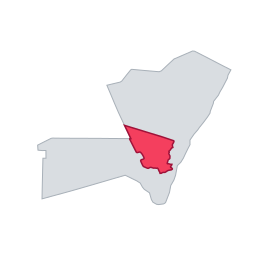 Jordan, with Amman highlighted, rotated 197°
{"feature_id": "JOR-851", "entity_name": "Amman", "entity_type": "Province", "adm_level": 1, "iso_a3": "JOR", "parent_name": "Jordan", "parent_adm1": "", "projection": "robinson", "projection_center": [36.094, 31.647], "detail": "fine", "context": "in_parent", "style": "filled", "palette": "rose", "viewbox_px": 256, "rotation_deg": 197, "n_neighbors": 0, "source": "natural_earth", "source_scale": "10m", "svg_char_len": 2431}
<svg xmlns="http://www.w3.org/2000/svg" viewBox="0 0 256 256"><g transform="rotate(197 128 128)"><path d="M78.4,63.4L82.4,64.3L84.7,66.4L88.5,72.3L94.5,74.1L96.9,75.7L100.2,78.9L104.2,80.0L116.9,82.0L127.0,75.4L135.5,69.8L145.1,63.5L151.7,59.2L162.9,51.9L170.3,47.2L180.0,41.1L189.5,35.1L192.3,44.9L195.0,54.5L197.8,64.5L200.5,74.2L197.6,75.1L199.9,82.5L203.6,81.3L207.6,80.5L209.4,85.2L203.9,90.5L198.4,95.7L197.1,96.3L189.9,98.4L175.2,102.8L165.3,105.8L152.7,109.6L142.2,112.7L131.8,115.8L122.2,118.7L127.7,124.7L136.2,134.0L141.8,140.2L148.5,148.1L154.4,155.2L160.7,162.7L156.3,165.3L149.1,169.5L148.4,170.2L147.7,171.0L144.8,178.5L142.4,184.4L141.6,185.2L131.5,187.3L121.2,189.5L114.7,190.9L112.8,192.4L108.6,199.8L104.2,207.4L96.9,213.6L88.8,220.5L86.8,220.9L81.0,219.9L71.0,218.1L61.3,216.3L54.7,215.1L46.6,213.7L47.8,207.8L47.5,204.7L49.4,194.4L50.6,189.5L51.1,185.9L53.9,178.6L53.6,176.3L54.2,167.9L53.9,166.2L55.2,161.7L57.6,155.0L59.9,149.3L60.7,146.7L63.1,141.3L65.2,134.6L64.1,131.0L63.8,130.3L64.6,126.1L65.7,119.2L66.2,115.5L67.5,110.6L69.8,106.5L68.7,96.7L68.9,91.5L70.3,85.5L69.5,78.5L70.2,68.5L70.3,67.6L71.2,66.4L71.8,65.8L76.4,63.7L78.4,63.4Z" fill="#d9dde1" stroke="#a8b0b8" stroke-width="1"/><path d="M123.7,118.2L122.2,118.7L127.1,124.1L132.0,129.4L132.1,129.5L92.0,129.5L80.6,129.2L80.2,128.8L80.1,128.3L80.2,127.4L80.3,126.8L80.6,125.9L80.7,125.5L80.6,124.9L80.4,124.1L79.4,122.5L79.9,122.1L80.1,121.9L80.4,121.6L80.5,121.3L81.2,119.3L81.4,118.8L81.9,118.0L82.1,117.8L82.0,117.5L81.7,117.2L81.5,116.9L81.4,116.6L81.6,116.2L81.6,115.8L81.4,115.3L79.7,113.5L79.5,112.8L79.2,111.6L79.1,111.2L79.2,110.8L79.4,110.5L80.0,109.7L80.2,109.3L80.3,108.9L80.2,105.7L79.9,105.4L79.7,105.4L79.2,105.6L78.7,105.7L76.8,105.7L75.4,106.1L75.4,105.3L75.5,104.8L76.0,103.5L75.9,103.1L75.7,102.8L74.9,102.7L74.4,102.5L74.0,102.3L73.7,102.0L73.6,101.6L73.9,101.1L74.4,100.6L76.6,99.5L77.6,98.8L79.2,96.8L79.8,96.3L81.2,95.9L81.8,95.6L83.0,94.4L84.1,94.0L84.9,95.2L85.8,96.0L87.1,97.6L87.8,98.1L88.3,98.2L89.0,97.8L89.5,97.7L90.1,97.7L91.9,97.1L94.4,97.1L95.1,96.9L95.6,96.6L96.3,95.8L96.8,95.4L97.6,95.2L101.5,95.6L102.3,95.9L103.1,96.6L105.2,98.9L106.3,100.3L106.3,101.0L106.0,101.6L105.0,102.2L104.1,102.9L103.8,103.3L103.8,103.8L104.0,104.2L105.0,105.4L106.7,107.0L108.3,108.1L109.2,108.5L109.9,108.4L111.7,107.3L112.3,107.1L113.0,107.3L123.5,118.2L123.7,118.2Z" fill="#f43f5e" stroke="#9f1239" stroke-width="1.5"/></g></svg>